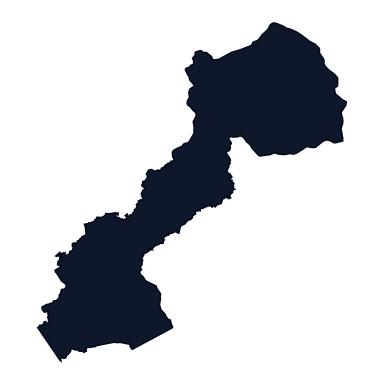 Pak Phli, Nakhon Nayok, Thailand
{"feature_id": "78962969B43215001089078", "entity_name": "Pak Phli", "entity_type": "district", "adm_level": 2, "iso_a3": "THA", "parent_name": "Thailand", "parent_adm1": "Nakhon Nayok", "projection": "mercator", "projection_center": [101.301, 14.217], "detail": "fine", "context": "isolated", "style": "filled", "palette": "ink", "viewbox_px": 384, "rotation_deg": 0, "n_neighbors": 0, "source": "geoboundaries", "source_scale": "gbopen_adm2", "svg_char_len": 5949}
<svg xmlns="http://www.w3.org/2000/svg" viewBox="0 0 384 384"><path d="M132.3,349.3L172.6,327.6L172.1,325.7L171.5,325.0L170.3,320.1L168.0,319.1L166.1,316.7L165.0,314.2L160.9,309.7L159.5,304.5L160.5,298.6L160.1,297.2L160.6,293.9L156.9,288.4L156.0,285.9L146.7,281.5L144.7,279.6L143.3,277.0L140.8,274.8L139.7,272.7L140.2,270.8L141.5,269.9L141.3,268.9L140.5,268.2L140.5,267.0L142.1,264.5L142.1,261.6L142.7,260.7L141.8,257.3L142.4,256.5L143.0,256.5L142.7,255.3L143.7,255.2L143.4,253.5L145.5,253.2L147.6,251.6L148.6,251.5L149.2,250.3L148.9,249.1L150.1,249.2L150.8,249.9L152.1,249.8L151.4,249.3L151.3,248.6L152.8,248.3L153.1,247.4L155.4,245.8L156.1,244.5L157.3,245.1L158.2,244.4L158.9,244.4L159.8,243.2L161.6,243.5L163.3,243.0L163.2,241.2L164.2,240.1L163.2,240.0L163.1,238.4L164.3,237.7L164.7,236.1L166.5,235.9L166.5,234.2L167.4,234.2L167.7,235.0L168.7,235.2L169.0,234.8L168.5,233.8L168.9,233.4L171.6,233.4L175.3,231.5L178.1,233.1L179.0,233.0L179.9,228.1L181.0,225.7L185.4,223.6L185.7,221.9L186.8,221.7L188.0,220.1L190.7,219.5L192.4,217.5L192.4,216.1L194.1,214.7L195.6,214.2L195.3,212.7L195.8,210.9L197.5,211.1L198.5,210.5L200.1,210.9L200.5,208.5L202.7,208.3L203.9,207.8L204.3,207.0L206.6,206.8L207.5,205.9L209.5,206.0L210.5,205.3L211.2,205.7L211.6,206.9L212.3,207.0L212.4,205.7L212.9,205.3L214.2,206.5L215.5,206.8L216.6,204.9L221.2,203.5L222.7,198.7L224.4,198.4L225.5,196.9L226.1,196.9L227.3,198.0L229.3,197.6L229.2,198.5L230.7,197.8L229.9,196.7L228.7,196.4L230.0,195.5L230.6,193.6L231.8,193.4L231.9,192.4L232.6,192.2L232.4,191.3L233.4,190.0L232.7,188.7L234.4,189.0L233.1,187.7L233.5,186.2L232.9,185.9L233.9,183.6L233.2,182.7L232.3,182.9L232.0,180.5L231.3,180.9L230.3,180.1L230.7,179.5L230.4,178.3L231.8,177.3L231.8,176.4L230.3,175.1L230.3,174.3L228.2,173.3L226.8,170.8L228.7,167.0L229.1,164.3L230.3,163.2L229.5,161.7L230.5,160.4L229.7,158.2L226.6,153.6L226.4,152.3L226.7,151.5L229.3,150.6L230.4,148.1L229.9,145.0L230.8,144.5L231.3,142.9L228.9,139.3L229.0,138.0L229.6,137.3L230.9,136.5L233.2,137.1L237.7,136.8L240.1,135.8L243.0,136.9L247.0,142.1L250.0,144.7L252.2,148.4L258.3,155.1L260.0,156.0L270.0,154.6L274.3,152.9L278.8,154.1L284.1,154.6L289.6,153.6L293.9,154.1L297.0,152.9L306.9,146.5L311.7,147.5L315.4,147.4L322.8,141.4L326.2,139.8L330.3,140.7L333.3,142.5L335.0,142.9L342.7,141.0L342.7,138.3L341.0,128.4L342.7,123.3L342.8,119.4L341.3,113.8L341.3,111.9L345.8,105.4L346.3,102.2L346.1,101.7L342.1,99.6L335.3,93.7L334.4,88.8L334.7,88.0L337.2,86.2L337.6,85.3L337.6,77.8L334.6,74.4L327.9,69.2L324.8,65.6L324.0,63.9L324.0,60.6L323.5,58.8L319.4,52.8L319.5,49.3L318.9,47.9L314.8,44.0L309.9,41.6L302.0,35.5L296.6,32.0L289.8,29.0L286.5,28.3L283.9,26.5L278.5,24.2L275.2,23.1L272.9,23.0L270.4,24.7L268.1,29.2L261.7,35.3L258.8,39.3L257.2,40.6L253.1,42.2L251.8,45.0L250.8,45.7L240.5,49.7L231.7,52.3L218.6,59.4L212.8,60.0L211.5,56.6L206.5,52.5L203.2,52.5L201.5,51.0L200.2,50.6L195.7,52.0L195.1,53.0L195.3,55.1L192.5,58.3L193.8,61.0L193.5,62.8L193.8,64.3L190.6,65.4L189.3,67.4L186.4,68.0L185.4,69.4L185.6,70.5L188.1,75.4L189.5,77.1L189.3,78.7L190.0,80.3L194.4,85.4L194.1,86.2L190.4,88.7L189.6,90.0L188.8,92.5L189.5,97.2L187.5,100.8L187.1,103.7L187.7,104.8L190.7,107.2L192.9,110.1L195.7,112.6L196.2,114.6L196.0,116.5L193.2,121.7L194.1,126.4L194.0,133.3L189.3,141.5L188.2,142.7L184.2,143.6L181.4,146.7L176.8,148.5L173.6,150.4L172.6,151.7L172.4,153.7L172.8,157.2L174.0,159.0L173.8,160.6L172.7,161.2L171.2,161.1L170.8,162.1L168.9,163.3L167.9,163.2L166.6,164.7L165.3,165.1L165.0,165.6L165.8,166.3L165.4,167.0L164.2,166.7L163.9,167.5L163.0,167.6L162.4,168.6L161.7,168.1L160.6,170.3L156.9,170.3L154.8,171.3L151.9,169.6L150.3,169.6L149.7,170.6L149.0,169.9L147.9,171.2L146.4,174.1L147.5,176.1L147.1,178.3L145.5,180.2L145.7,180.9L142.9,181.5L142.5,183.9L141.7,185.4L143.6,187.4L145.5,186.9L144.7,188.9L142.5,190.7L142.7,191.4L141.3,193.3L141.7,193.7L141.5,195.2L141.9,195.4L142.0,196.9L143.3,197.5L142.2,199.7L141.6,200.1L140.5,199.8L138.4,201.0L138.7,202.1L137.8,203.6L137.1,203.8L137.3,204.6L136.5,204.8L137.2,207.7L136.2,207.9L135.8,209.2L134.6,209.4L134.1,211.8L133.0,212.7L132.8,213.5L133.4,214.0L132.6,215.2L130.4,214.6L129.9,216.0L128.1,216.1L127.2,214.0L126.7,214.2L125.2,215.7L126.7,216.8L126.9,218.6L126.4,218.7L126.5,219.3L126.1,219.6L125.3,219.1L123.5,219.9L122.3,218.9L121.2,219.1L119.4,218.3L119.2,217.8L115.2,216.6L114.9,215.6L115.5,214.8L118.0,215.0L118.3,213.2L115.1,212.8L110.1,213.7L105.7,213.5L105.4,215.3L104.8,215.4L104.6,214.9L104.6,216.0L100.6,217.8L100.1,217.8L99.6,217.1L98.0,217.9L97.2,217.1L95.6,219.8L94.7,220.0L94.6,221.6L93.6,221.6L93.6,222.1L91.4,222.3L90.8,223.1L88.7,222.9L88.5,223.6L84.4,224.3L85.4,227.0L86.1,234.7L81.5,237.2L81.4,238.3L80.2,238.7L80.4,239.3L79.6,239.6L79.8,240.2L77.2,241.1L77.3,243.1L75.6,243.9L75.0,242.8L72.5,243.5L72.3,246.3L73.2,246.4L73.0,248.3L73.9,248.5L71.6,250.9L69.8,251.6L69.3,254.1L67.7,254.7L68.6,257.1L66.9,257.9L65.0,252.5L60.8,253.8L60.1,253.3L59.8,252.4L55.8,256.0L56.7,256.4L58.3,255.4L59.6,256.8L61.1,256.9L59.6,258.3L60.2,259.6L58.2,261.2L57.5,264.4L57.8,265.0L58.5,264.9L59.7,265.8L61.8,265.4L62.0,266.2L55.0,270.3L55.6,272.2L56.5,272.9L61.7,281.1L62.4,281.8L63.6,281.8L64.0,282.9L66.3,284.4L66.1,286.2L65.0,289.1L61.6,289.5L60.4,293.7L59.3,295.0L59.2,297.6L56.7,300.4L53.6,301.0L52.6,303.0L49.5,303.7L48.3,304.6L47.1,304.3L42.0,306.9L42.1,309.2L43.8,311.7L45.1,312.3L47.4,311.1L48.5,311.5L47.7,313.2L48.5,315.8L47.6,317.5L48.5,319.1L48.5,320.5L49.2,322.2L48.0,324.2L46.6,322.2L45.1,321.5L43.7,322.4L43.8,324.0L41.6,325.2L39.6,325.3L39.4,326.4L37.7,327.6L60.1,360.4L61.0,361.0L60.5,358.9L61.5,357.7L64.0,358.4L65.9,357.6L66.5,355.5L68.3,354.2L70.5,351.5L70.9,349.4L71.6,348.5L75.5,350.0L77.3,349.6L78.7,351.0L81.3,351.4L82.6,350.8L83.8,352.4L86.4,351.1L86.1,349.5L85.0,349.0L86.9,347.7L95.6,346.5L96.2,345.7L114.2,342.2L117.8,342.7L120.0,342.3L129.8,344.3L130.2,344.9L130.0,346.3L131.3,348.0L132.1,347.5L132.9,348.6L131.9,349.0L132.3,349.3Z" fill="#0f172a" stroke="#020617" stroke-width="1.5"/></svg>